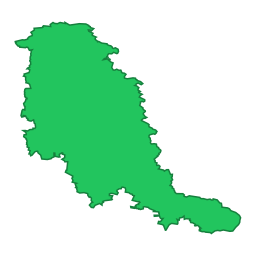 outline of Ballinasloe Lea-6, Galway, Ireland
{"feature_id": "5873133B97089647818716", "entity_name": "Ballinasloe Lea-6", "entity_type": "district", "adm_level": 2, "iso_a3": "IRL", "parent_name": "Ireland", "parent_adm1": "Galway", "projection": "natural_earth1", "projection_center": [-8.386, 53.453], "detail": "fine", "context": "isolated", "style": "filled", "palette": "green", "viewbox_px": 256, "rotation_deg": 0, "n_neighbors": 0, "source": "geoboundaries", "source_scale": "gbopen_adm2", "svg_char_len": 5764}
<svg xmlns="http://www.w3.org/2000/svg" viewBox="0 0 256 256"><path d="M23.2,130.6L25.8,132.3L26.3,134.0L26.3,134.6L24.1,134.7L23.7,136.7L26.3,138.6L26.1,139.3L26.8,140.0L27.1,141.9L26.6,142.6L26.9,143.5L26.5,144.2L27.4,145.0L27.1,147.0L28.9,147.7L28.3,150.0L30.2,150.7L29.0,153.8L29.9,153.7L30.7,155.8L32.1,155.1L35.0,151.7L36.9,151.2L37.7,151.3L38.0,152.8L40.7,155.1L41.8,159.0L47.3,159.5L51.1,158.7L51.5,158.0L54.1,156.8L53.9,153.1L54.8,153.1L55.0,156.3L58.8,157.1L60.0,156.9L59.3,155.2L59.3,154.4L62.0,152.8L62.8,153.2L62.4,154.2L64.8,154.9L64.7,157.6L61.9,159.3L64.5,160.8L64.8,161.8L67.7,161.7L66.8,170.3L66.1,170.3L65.4,172.2L72.7,176.0L72.5,176.5L72.8,177.1L71.9,178.2L73.0,180.4L72.2,182.1L76.6,183.3L75.2,184.0L75.9,186.1L76.4,186.4L75.6,187.5L76.9,187.8L76.6,188.5L77.2,190.5L77.0,191.7L79.7,193.0L84.1,192.6L87.7,193.6L87.9,195.5L89.2,197.3L90.0,196.8L91.4,198.1L91.2,200.6L92.7,202.3L91.4,202.8L89.4,205.1L91.3,207.4L93.5,207.7L95.1,205.3L99.6,203.5L102.0,205.1L102.0,203.3L103.5,202.2L102.9,201.4L104.8,200.7L111.8,199.8L112.3,199.3L111.2,198.0L112.1,197.1L112.6,195.7L109.4,195.5L109.4,193.9L110.9,193.3L112.5,193.4L117.1,194.6L118.2,192.8L116.8,191.1L117.1,190.1L119.1,188.8L121.2,188.7L121.7,187.3L122.7,187.1L125.2,187.9L125.7,189.6L125.3,192.1L128.9,192.7L130.4,193.9L132.2,194.2L132.5,195.3L134.3,195.7L132.2,200.3L137.7,201.7L139.1,201.5L139.9,202.3L138.7,203.4L138.6,204.4L137.8,204.1L135.7,205.3L136.2,206.0L135.1,206.4L134.8,207.3L130.7,206.5L130.9,207.7L135.0,208.4L136.2,207.8L136.9,208.7L138.4,208.5L138.6,209.1L139.4,208.9L140.2,209.5L143.3,208.8L143.3,207.0L144.5,206.7L148.4,207.4L149.3,208.5L154.6,210.7L153.7,211.5L158.6,211.9L158.7,213.0L159.2,213.1L159.3,215.2L154.2,215.2L154.3,216.3L159.5,215.9L160.1,217.7L160.9,218.6L163.0,218.5L160.5,221.6L158.6,221.4L158.0,223.6L162.2,224.5L163.5,225.3L165.4,230.2L166.0,230.1L168.9,225.1L170.3,224.0L171.7,223.4L177.3,224.2L177.8,223.7L177.9,221.0L177.1,219.4L179.2,220.1L179.6,217.9L182.2,217.5L184.0,216.1L184.3,219.3L186.0,218.7L189.9,219.0L189.6,220.3L190.5,220.5L190.3,221.6L190.9,222.6L192.5,222.7L195.5,224.4L194.7,225.6L195.0,225.9L197.8,225.4L200.7,228.0L199.6,228.1L200.3,229.7L199.3,229.8L199.3,230.7L202.1,231.7L204.3,231.6L205.4,232.1L210.5,232.6L211.3,233.5L215.0,230.9L217.7,230.4L220.1,230.8L223.3,230.0L229.9,231.3L232.8,231.0L235.7,227.3L238.5,224.6L239.7,222.4L239.9,220.0L240.6,217.8L239.4,215.4L235.7,212.5L230.9,210.7L229.3,208.7L227.6,207.9L222.0,207.2L221.4,203.3L219.7,202.9L217.2,199.9L213.2,198.9L213.1,199.8L212.5,200.0L211.4,200.0L210.1,199.1L207.1,199.6L203.3,198.6L201.8,198.7L200.4,198.3L199.8,197.4L189.3,195.8L186.6,197.0L184.1,196.4L183.9,195.8L184.3,195.0L182.9,193.7L176.4,193.6L174.7,192.1L174.8,191.2L174.2,190.7L173.7,188.6L172.2,188.0L172.5,186.9L171.6,185.9L170.0,185.5L171.5,183.3L171.6,181.9L170.9,181.1L172.6,179.8L171.4,177.2L172.2,176.8L172.4,174.3L170.5,174.5L168.5,169.7L166.7,169.7L164.3,171.1L163.6,170.1L158.5,168.9L159.3,168.2L160.0,166.3L158.7,165.2L156.8,165.4L156.6,164.5L157.0,162.9L155.4,162.4L155.0,161.8L155.2,160.9L154.2,159.1L157.8,156.2L157.4,155.8L159.1,154.5L158.8,153.4L160.2,152.7L160.9,150.8L160.7,150.1L158.7,148.5L158.6,147.6L156.8,146.6L156.4,144.1L154.1,143.7L151.6,144.0L150.8,143.5L150.4,142.6L150.9,140.8L150.4,140.1L150.2,138.1L149.1,137.3L149.0,135.7L149.6,134.9L153.4,133.8L154.9,134.3L156.5,132.7L156.3,131.8L156.9,131.4L155.6,130.0L152.7,129.1L152.2,128.2L149.1,126.8L148.8,125.5L149.1,124.7L147.9,123.7L141.4,120.5L141.5,119.9L143.7,118.3L145.2,118.3L146.7,117.4L145.2,116.7L143.2,114.0L143.5,113.0L145.3,111.5L145.2,110.8L143.4,109.6L142.8,108.4L143.0,107.9L139.7,105.5L140.5,103.0L140.3,102.1L142.1,101.3L143.4,101.9L144.4,101.4L144.8,101.0L144.7,99.7L139.3,97.1L140.2,95.5L142.2,94.3L138.6,92.5L138.7,92.0L140.2,91.4L138.0,90.0L138.1,88.9L138.9,87.7L136.6,85.9L135.0,85.5L135.9,85.0L136.3,83.8L138.2,83.1L141.2,84.7L142.8,83.6L140.6,81.6L137.2,80.5L136.9,79.7L135.8,79.4L135.5,78.2L133.0,77.9L127.3,78.8L124.5,78.1L124.4,76.6L126.0,74.3L124.4,73.2L122.2,72.9L121.4,72.1L121.5,71.6L120.8,70.1L118.9,70.3L116.7,69.2L114.8,70.1L113.2,70.0L111.7,67.4L113.1,62.9L110.8,62.0L108.7,60.2L110.1,59.7L109.7,59.0L107.5,58.9L103.3,59.7L104.3,58.6L106.8,57.9L106.8,56.8L107.8,57.1L107.5,56.6L107.7,54.9L108.7,53.7L111.8,53.8L113.7,52.3L116.8,53.6L117.6,53.3L118.5,51.5L118.1,49.3L115.4,47.8L113.4,48.5L112.5,48.0L112.2,47.0L110.8,45.8L108.8,45.4L107.2,44.5L107.1,43.8L101.7,43.1L98.8,41.5L97.9,41.7L98.0,41.4L96.3,40.4L95.1,39.0L95.5,37.5L96.2,37.1L92.3,35.4L92.1,34.8L93.0,33.3L88.7,31.2L88.3,29.9L89.8,30.0L91.5,30.8L93.7,28.6L90.4,27.6L90.3,26.7L88.6,25.8L88.7,25.4L85.9,24.0L79.4,23.7L69.7,25.1L65.1,22.5L65.3,23.5L60.1,22.5L57.4,23.7L54.6,23.4L53.0,22.5L50.2,24.5L50.7,26.5L43.5,25.8L42.8,26.5L43.1,27.0L42.2,27.6L34.1,28.3L34.3,30.1L30.9,32.3L32.2,34.2L32.2,35.6L29.2,36.7L27.7,38.3L27.7,39.1L24.5,40.0L22.3,39.8L15.4,41.5L16.1,42.5L15.5,42.8L16.3,44.1L18.1,46.1L19.6,46.2L19.7,47.2L25.6,47.7L26.4,47.1L27.9,47.4L29.4,50.3L32.1,49.8L31.1,51.0L31.2,52.4L30.7,53.8L31.0,55.5L30.4,56.3L30.1,58.3L30.6,59.4L29.8,60.3L29.9,61.2L30.5,61.6L30.7,64.4L29.3,65.7L29.8,67.1L27.5,68.1L27.0,68.8L27.9,68.7L29.8,69.8L29.1,72.5L24.1,74.1L24.4,75.2L23.5,76.1L25.7,76.9L25.6,79.7L26.2,81.7L25.9,82.7L28.5,83.4L29.7,84.5L30.8,88.4L25.9,88.5L24.9,89.3L24.4,92.0L24.9,92.6L24.4,94.1L24.9,94.8L24.7,96.2L25.4,96.6L25.3,97.5L27.0,98.2L27.0,98.9L25.9,99.4L25.3,101.5L23.6,103.5L24.3,106.0L25.0,106.4L24.8,110.0L23.0,109.4L22.1,110.4L21.0,115.6L21.8,117.1L24.2,116.5L22.7,115.4L25.6,115.9L26.6,118.2L27.2,118.2L28.0,119.0L27.5,119.9L29.3,120.8L31.1,121.1L33.6,119.9L34.3,123.3L35.1,123.7L35.6,127.2L34.9,128.4L33.0,128.2L32.9,129.4L29.8,129.6L27.6,131.0L25.2,130.5L23.2,130.6Z" fill="#22c55e" stroke="#15803d" stroke-width="1.5"/></svg>